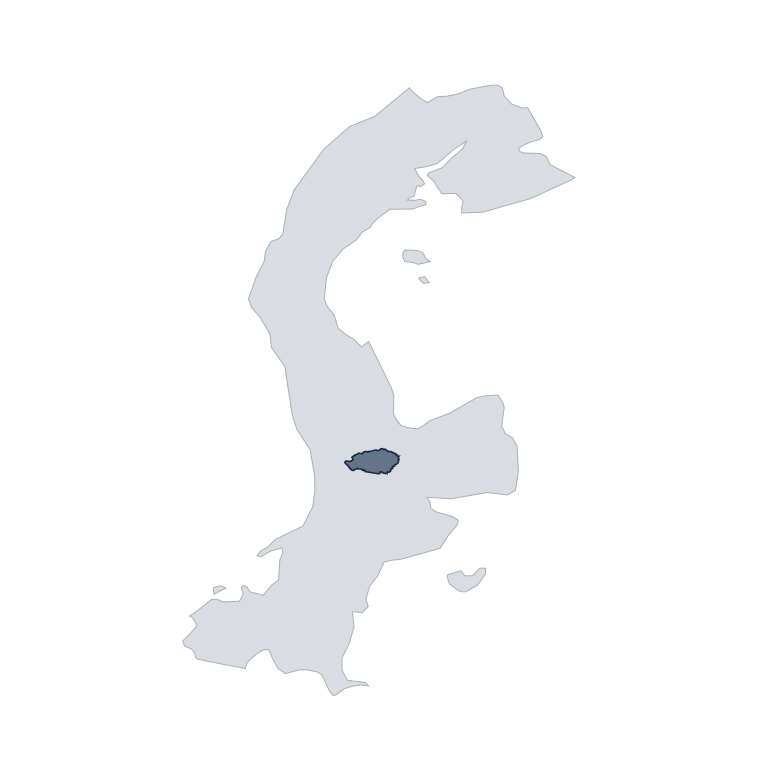 location of Calobre, Veraguas, Panama, rotated 281°
{"feature_id": "35544464B72055613867107", "entity_name": "Calobre", "entity_type": "district", "adm_level": 2, "iso_a3": "PAN", "parent_name": "Panama", "parent_adm1": "Veraguas", "projection": "natural_earth1", "projection_center": [-80.825, 8.387], "detail": "fine", "context": "in_parent", "style": "filled", "palette": "slate", "viewbox_px": 768, "rotation_deg": 281, "n_neighbors": 0, "source": "geoboundaries", "source_scale": "gbopen_adm2", "svg_char_len": 8080}
<svg xmlns="http://www.w3.org/2000/svg" viewBox="0 0 768 768"><g transform="rotate(281 384 384)"><path d="M679.8,352.7L677.7,354.4L671.8,364.3L668.5,372.8L676.3,381.7L678.6,391.2L683.0,401.5L689.8,411.9L697.4,431.1L699.2,438.8L697.1,443.8L689.8,446.9L683.1,455.9L681.3,466.9L682.6,472.3L662.3,489.8L657.1,492.7L653.6,490.0L649.3,481.2L644.1,474.1L641.3,471.7L639.7,471.5L638.1,473.2L637.4,477.0L640.1,493.5L637.9,500.2L631.0,505.3L623.1,532.1L620.0,528.7L594.0,492.6L571.4,447.9L566.7,427.7L572.5,426.5L578.2,427.0L581.2,423.8L584.7,418.0L581.8,404.3L592.7,393.9L596.9,386.9L599.9,387.7L607.1,399.6L617.5,406.5L630.2,416.4L638.1,418.6L628.1,408.2L610.9,394.5L606.0,385.5L601.4,373.0L594.7,378.4L591.6,383.0L588.1,385.6L585.0,382.5L584.5,378.4L574.3,377.6L571.7,373.9L569.0,371.9L570.3,379.7L572.3,384.5L571.2,390.3L567.9,390.8L565.1,384.7L561.4,379.3L556.6,356.5L545.0,345.8L539.7,342.2L535.4,340.8L528.9,333.5L520.4,329.6L508.9,318.3L494.7,310.2L477.4,307.3L456.3,309.0L449.2,313.6L444.4,319.3L442.2,321.9L429.8,328.5L425.0,338.0L422.1,346.0L415.9,355.1L423.0,360.6L382.4,391.5L374.4,395.9L356.2,399.1L352.0,402.4L346.4,408.5L345.7,417.8L346.5,425.7L351.8,431.8L356.5,435.6L367.8,454.0L387.9,477.2L391.7,485.6L394.9,498.1L388.8,504.0L384.1,506.5L365.0,507.5L358.4,512.5L355.7,520.2L348.6,526.4L324.0,532.6L304.6,533.3L298.6,526.1L297.1,506.0L284.1,471.6L281.0,448.0L277.8,450.9L270.8,453.7L268.5,459.5L266.8,477.0L264.2,483.0L258.9,482.4L247.9,476.1L233.4,470.4L214.9,433.4L212.9,426.4L209.3,418.1L194.9,414.6L182.7,408.4L169.4,407.4L162.5,410.9L155.6,406.4L154.4,396.3L140.4,400.9L122.4,399.3L106.4,394.9L95.4,397.3L86.2,404.4L87.4,422.9L84.7,426.5L84.3,419.0L81.1,410.3L77.3,403.1L69.2,395.7L68.8,393.0L72.0,389.2L86.7,378.4L88.5,373.9L88.8,364.6L87.4,355.6L80.8,342.4L84.6,334.2L92.2,327.7L99.9,322.5L101.2,320.3L99.8,315.9L95.3,311.0L84.7,302.8L78.3,302.2L78.1,278.5L78.4,253.4L80.0,250.9L83.9,249.4L87.1,245.6L88.8,238.1L93.5,235.5L101.8,241.2L110.4,246.3L113.9,244.6L116.6,242.1L118.5,239.7L119.1,237.4L125.9,244.1L139.9,256.0L140.7,261.8L139.4,267.4L143.2,283.5L150.5,285.9L157.8,282.7L159.6,285.7L158.2,288.7L154.5,292.0L153.5,305.8L165.5,312.3L171.5,318.0L191.3,315.3L198.6,316.8L203.6,315.2L198.1,304.1L190.7,295.9L191.3,292.2L196.9,294.9L201.2,300.5L211.0,307.4L229.0,331.5L249.6,337.4L265.9,336.6L281.1,333.3L305.4,324.0L322.9,307.1L336.9,299.5L382.2,283.4L398.3,266.6L405.1,264.4L411.6,262.3L425.8,249.6L433.5,239.7L441.6,234.7L465.5,238.3L481.1,243.0L491.8,242.4L502.1,245.7L506.6,252.9L511.3,256.0L536.7,255.2L557.5,258.8L603.0,280.1L630.3,301.2L644.8,323.7L679.8,352.7ZM222.6,519.1L216.7,519.8L204.6,514.4L195.7,504.0L195.0,500.6L195.2,497.2L200.1,486.5L206.5,482.9L209.1,482.9L215.3,495.2L211.1,500.0L212.8,507.6L221.6,513.2L222.6,519.1ZM515.1,400.9L513.0,406.2L507.9,394.4L508.7,391.4L508.4,380.6L513.2,377.8L516.7,377.6L519.6,379.1L521.5,391.7L520.0,397.4L515.1,400.9ZM154.7,262.0L153.5,267.8L145.2,257.3L150.2,255.6L151.9,255.8L154.7,262.0ZM497.1,403.5L492.2,409.0L490.3,403.7L493.7,398.3L494.9,398.2L497.1,403.5Z" fill="#d9dde1" stroke="#a8b0b8" stroke-width="1"/><path d="M320.2,394.3L320.0,394.0L319.9,393.9L319.8,393.6L319.8,393.2L319.6,393.2L319.3,393.0L319.2,392.8L318.9,392.8L318.8,392.6L318.6,392.6L318.4,392.3L318.2,392.1L318.1,391.8L317.9,391.4L317.5,391.1L317.6,390.9L317.6,390.7L317.6,390.4L317.6,390.2L317.6,389.9L317.4,389.4L317.5,389.3L317.5,389.1L317.8,388.7L314.4,381.6L314.5,381.5L314.7,381.4L314.2,380.9L314.0,380.4L314.4,380.0L314.2,379.4L314.2,379.2L314.3,378.9L314.3,378.7L313.9,378.2L313.7,377.9L313.7,377.7L313.3,377.4L313.2,377.1L312.9,377.1L312.8,376.9L313.0,376.7L312.9,376.5L312.7,376.4L312.5,376.5L312.5,376.3L312.3,376.3L312.2,376.1L311.9,375.8L311.5,375.7L311.2,375.8L311.4,372.6L311.2,372.6L311.0,372.1L310.8,372.1L310.5,371.6L310.3,371.5L310.1,371.1L309.7,370.6L309.5,369.9L309.2,369.8L308.9,369.7L309.0,369.4L308.9,369.3L308.8,369.1L308.7,368.9L308.3,368.8L308.1,368.6L307.9,368.6L307.7,368.5L307.5,368.4L307.4,368.3L307.5,368.0L307.4,368.0L307.2,367.9L307.0,367.2L306.6,366.9L306.3,366.8L306.0,366.4L305.7,366.4L305.4,367.1L305.0,367.5L304.7,367.6L304.2,368.1L304.0,367.9L303.8,368.0L303.6,368.0L303.4,367.6L303.0,367.4L302.9,367.1L302.5,366.8L302.2,366.6L301.9,366.5L302.0,366.3L302.0,366.1L301.8,366.0L301.8,365.7L301.7,365.5L301.5,365.4L301.5,364.5L301.2,364.1L301.4,363.0L301.3,362.5L301.2,362.2L301.1,361.2L300.9,360.9L300.4,360.9L300.0,360.8L299.7,360.5L299.4,360.4L299.2,360.6L298.6,361.5L298.5,361.8L298.1,362.2L297.9,362.3L297.7,362.5L297.7,362.9L297.6,363.3L297.3,363.6L297.3,364.2L297.1,364.2L296.7,364.3L296.6,364.5L296.3,365.0L296.0,365.0L295.8,365.3L295.8,365.6L295.6,365.7L295.5,366.0L295.3,366.1L295.2,366.3L295.0,366.2L294.7,366.3L294.7,366.5L294.4,366.6L294.4,367.1L294.2,367.3L294.3,367.5L293.9,368.0L294.0,368.1L293.9,368.4L293.5,368.4L293.5,368.5L293.4,368.7L293.3,369.0L293.2,369.2L293.1,369.5L293.5,370.2L293.5,370.5L293.4,370.7L293.5,370.7L293.8,371.1L294.1,371.2L294.1,371.3L294.6,371.7L294.6,371.9L294.8,372.1L294.8,372.5L295.1,372.7L295.1,372.9L295.3,373.1L295.4,373.4L295.6,373.7L295.8,374.0L296.1,374.0L295.8,374.3L295.8,374.5L295.7,374.7L295.8,375.1L295.8,375.8L296.0,376.8L296.0,377.2L296.2,377.4L296.1,377.7L296.2,377.9L296.2,378.4L296.0,378.7L295.7,378.7L295.6,379.1L295.3,379.3L295.1,379.7L295.0,380.1L295.1,380.3L295.3,380.6L295.5,380.6L295.7,380.4L295.8,380.4L296.0,381.3L296.0,381.5L295.9,381.7L295.5,382.1L295.1,382.1L294.5,382.0L294.4,382.1L294.8,394.4L294.6,395.0L295.2,396.4L295.2,396.6L295.4,396.9L295.4,397.0L296.0,397.1L296.0,396.8L296.2,396.6L296.3,396.6L296.4,396.9L296.4,397.0L296.6,397.0L296.8,397.1L296.9,396.9L297.1,397.0L297.0,397.4L297.1,397.8L297.3,397.9L297.3,398.3L297.2,398.4L296.9,398.6L296.9,398.8L296.5,399.2L296.6,399.4L296.8,399.5L296.7,399.6L296.7,399.8L296.5,400.3L296.5,400.8L296.4,401.0L296.5,401.2L296.4,401.5L296.6,401.5L296.8,402.1L296.8,402.3L296.6,402.4L296.8,402.5L296.8,403.1L296.9,403.7L296.8,403.9L297.1,403.8L297.3,404.0L297.5,403.9L297.8,404.2L298.1,404.1L298.1,404.5L298.5,404.6L298.6,404.8L298.6,405.2L298.5,405.4L298.4,405.5L298.6,405.7L298.8,406.1L298.7,406.3L299.2,406.8L299.6,407.1L300.0,407.1L300.4,407.0L300.8,407.2L301.0,406.7L301.3,406.9L301.5,406.8L301.9,407.0L302.1,407.3L302.3,407.7L302.6,407.8L302.5,408.1L302.6,408.3L302.6,408.5L302.9,408.6L303.0,408.6L302.9,408.3L303.0,408.2L303.2,408.3L303.3,408.3L303.7,408.0L303.8,408.2L304.0,408.2L304.3,408.1L304.5,408.1L304.5,408.5L304.8,408.4L304.9,408.5L304.7,408.9L305.3,409.4L305.4,409.7L305.4,410.1L305.5,410.1L305.8,410.1L306.1,409.9L306.3,410.0L306.5,409.8L307.1,410.4L307.1,410.7L307.4,411.4L307.8,411.6L308.3,412.2L309.0,412.8L309.5,412.7L309.8,412.7L310.1,413.0L310.6,413.0L311.2,413.2L311.7,412.6L312.3,412.3L312.6,412.7L312.8,413.0L313.0,413.1L313.2,412.8L313.5,412.6L313.9,412.7L314.4,412.2L315.0,412.2L315.3,412.0L315.7,412.4L315.9,412.5L315.6,411.8L315.5,411.7L315.3,411.7L315.7,411.3L315.7,411.2L315.8,411.0L315.9,410.9L315.9,410.4L316.2,410.3L316.2,410.2L316.3,410.3L316.2,410.4L316.3,410.5L316.5,410.4L316.6,410.5L316.6,410.2L316.8,410.3L316.9,410.2L316.9,409.8L317.1,409.8L317.3,409.3L317.5,409.1L317.6,408.8L317.9,408.8L317.8,407.7L317.7,407.6L317.9,407.4L318.0,407.3L318.1,407.2L317.9,407.0L318.0,406.9L318.1,406.5L318.2,406.4L318.2,406.2L318.3,406.1L318.1,406.0L318.2,405.9L318.5,405.8L318.4,405.6L318.5,405.7L318.6,404.8L318.5,404.6L318.8,404.2L319.0,404.1L319.1,403.9L319.0,403.7L318.9,403.3L318.6,403.2L318.5,402.8L318.6,402.7L318.7,402.4L318.5,402.2L318.7,401.9L318.6,401.5L318.6,401.4L318.7,401.6L318.8,401.5L318.8,401.4L318.8,401.1L318.7,401.2L318.7,401.3L318.7,401.2L318.6,400.9L319.0,400.7L319.2,400.4L319.0,400.1L319.1,399.9L319.3,399.8L319.3,399.7L319.2,399.6L319.2,399.4L319.4,399.2L319.3,398.9L319.5,398.5L319.7,398.2L319.8,398.2L320.0,397.9L319.9,397.8L319.8,397.7L320.0,397.6L319.8,397.5L319.8,397.3L319.9,397.2L319.9,396.8L320.0,396.9L320.0,396.7L319.8,396.6L319.8,396.4L320.0,396.1L320.0,395.8L319.9,395.7L320.0,395.4L319.9,395.4L320.1,395.2L320.0,394.8L320.1,394.7L320.1,394.4L320.2,394.3Z" fill="#64748b" stroke="#1e293b" stroke-width="1.5"/></g></svg>